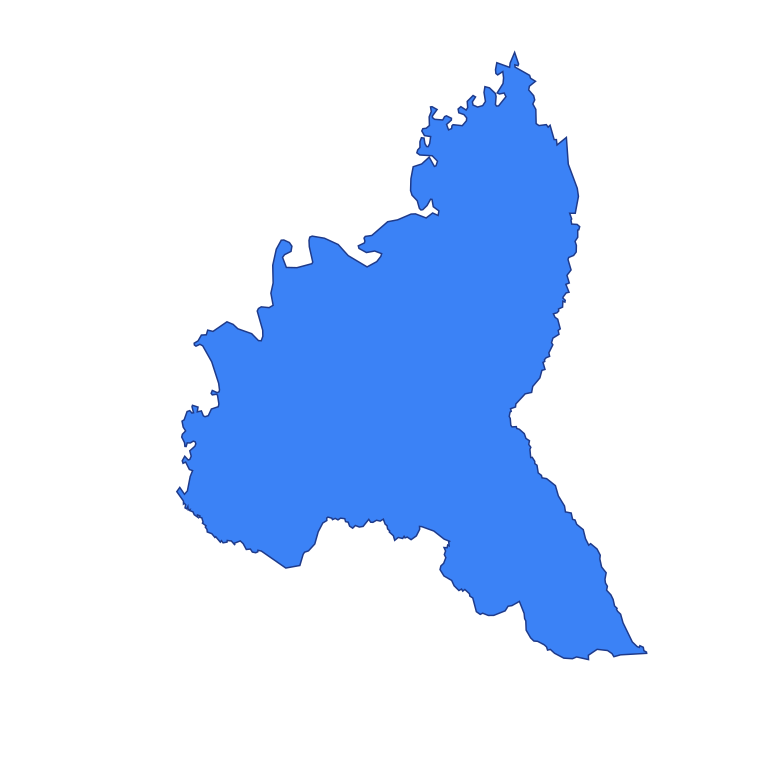 Chonnabot, Khon Kaen, Thailand, rotated 351°
{"feature_id": "78962969B78938265467215", "entity_name": "Chonnabot", "entity_type": "district", "adm_level": 2, "iso_a3": "THA", "parent_name": "Thailand", "parent_adm1": "Khon Kaen", "projection": "equal_earth", "projection_center": [102.548, 16.027], "detail": "fine", "context": "isolated", "style": "filled", "palette": "blue", "viewbox_px": 768, "rotation_deg": 351, "n_neighbors": 0, "source": "geoboundaries", "source_scale": "gbopen_adm2", "svg_char_len": 6159}
<svg xmlns="http://www.w3.org/2000/svg" viewBox="0 0 768 768"><g transform="rotate(351 384 384)"><path d="M576.1,101.9L563.0,91.5L563.2,89.2L566.1,90.6L567.0,89.0L564.9,76.9L558.8,86.7L557.6,90.9L545.7,84.3L543.3,91.0L543.1,94.8L544.6,96.5L550.2,94.0L550.0,100.3L548.6,105.8L541.3,114.2L543.4,115.6L548.2,115.4L549.4,119.3L540.7,127.2L538.6,127.1L537.8,125.3L539.7,117.5L539.4,114.4L534.5,108.0L530.2,106.1L528.4,111.6L528.4,120.8L525.0,124.5L519.8,125.1L515.6,122.4L515.4,119.2L519.3,114.8L517.1,113.0L510.4,117.9L509.9,124.1L508.0,126.3L503.3,122.1L500.2,124.0L500.3,127.8L505.1,130.4L507.3,134.1L506.6,136.9L501.7,141.1L492.8,138.7L491.5,139.6L490.7,142.3L487.5,143.1L486.4,137.4L491.8,133.9L492.2,132.1L487.6,128.9L485.7,129.4L483.3,132.4L475.4,130.5L473.6,128.5L473.7,126.9L479.4,121.2L474.8,117.6L473.3,117.6L473.3,122.3L470.4,127.2L469.3,135.8L465.7,138.0L462.3,137.9L460.9,140.0L462.8,145.0L468.8,146.9L466.7,153.7L464.7,156.5L463.2,156.1L462.0,152.8L462.0,147.4L459.5,146.6L457.4,150.3L456.5,156.0L453.9,158.1L452.6,160.8L455.2,163.4L467.3,166.1L471.7,172.3L469.5,176.6L467.8,177.0L464.1,167.0L455.6,172.6L446.8,174.0L442.7,185.5L440.5,197.1L441.2,201.9L445.5,208.2L446.4,216.0L447.7,217.9L449.6,217.9L454.4,214.5L458.9,208.8L460.3,209.2L460.4,216.6L465.3,221.6L463.8,226.0L458.8,222.7L451.6,226.6L441.7,220.9L437.3,220.4L423.1,224.0L413.0,224.3L395.2,235.4L388.6,235.3L387.1,236.8L387.5,239.8L386.7,241.6L380.2,243.5L380.5,246.2L387.2,251.4L395.6,251.2L402.1,254.9L400.8,257.5L396.0,262.0L385.6,265.7L368.7,251.6L360.6,239.1L348.0,230.7L336.2,226.7L333.7,227.3L332.4,230.4L331.7,236.8L332.7,252.5L331.6,253.9L316.2,255.5L305.8,253.6L303.6,243.1L306.0,240.7L312.9,238.5L314.6,233.5L312.7,229.5L307.6,226.1L305.0,225.9L298.7,234.0L292.7,249.3L290.3,266.9L286.5,276.6L286.8,288.9L282.5,290.6L274.8,288.6L271.8,289.8L270.2,292.1L272.6,311.9L271.8,317.9L269.5,322.1L266.8,321.5L261.2,313.6L248.3,306.6L244.3,301.5L238.6,298.0L223.3,305.3L218.3,303.2L216.2,307.6L211.3,307.1L207.1,312.3L202.9,314.0L202.8,315.8L204.2,317.2L208.4,316.0L210.9,317.9L217.3,335.1L220.8,357.5L220.6,364.0L220.0,365.8L218.0,366.5L213.4,363.5L211.8,366.2L212.7,367.9L216.9,367.9L217.8,369.0L217.8,377.8L216.8,380.5L209.6,381.7L205.5,387.8L202.1,388.3L200.6,387.2L199.4,382.0L195.2,382.3L196.7,377.7L191.5,375.1L190.8,376.4L191.4,382.6L189.7,382.6L188.0,379.9L185.2,380.4L181.0,388.1L178.7,389.1L178.9,395.1L180.7,399.3L177.0,402.1L175.9,404.8L177.8,410.7L177.6,414.5L178.8,414.8L180.4,411.4L183.5,411.9L186.7,410.6L188.4,411.5L188.8,413.6L187.5,415.9L181.7,419.6L182.3,425.1L180.4,428.1L178.7,428.4L175.9,424.2L172.7,428.3L173.1,430.9L175.9,430.1L178.4,438.0L181.4,439.6L178.1,445.1L173.1,458.8L169.7,461.7L166.1,454.2L162.5,457.9L167.6,468.2L167.2,471.1L168.0,470.6L169.2,472.2L168.1,475.2L169.6,476.4L171.1,474.3L170.9,477.7L172.9,477.6L172.3,478.6L175.3,480.4L176.1,483.4L179.5,486.7L179.4,484.2L181.6,485.5L181.1,486.8L183.1,487.7L183.7,492.0L182.9,493.0L186.0,496.2L185.1,497.4L186.4,499.9L186.3,502.5L190.5,504.9L193.0,509.1L193.9,508.5L197.6,514.6L198.9,513.3L200.2,515.7L204.2,515.6L204.7,514.0L208.7,515.2L211.6,519.8L211.2,517.9L217.5,516.5L219.9,519.6L222.1,525.9L226.2,526.1L227.7,529.4L230.9,530.6L233.1,530.0L233.5,528.5L236.7,529.8L258.2,550.4L272.5,550.1L277.5,539.6L279.2,537.7L283.3,537.0L290.6,531.2L295.9,519.7L301.8,511.7L306.2,509.9L306.4,507.5L307.8,506.7L311.5,508.4L311.9,509.9L314.8,509.1L317.3,511.0L320.1,509.7L324.2,510.9L324.5,513.9L327.0,514.9L327.8,519.0L330.5,521.5L333.6,519.3L337.2,521.4L341.1,521.4L347.8,515.3L349.2,518.4L351.4,518.9L355.3,517.4L358.8,518.8L362.2,517.4L363.2,522.6L364.8,524.4L364.9,527.7L366.6,530.0L366.1,531.0L369.5,535.3L370.1,540.1L374.1,537.8L378.3,539.5L380.0,537.6L380.7,539.3L383.0,538.8L386.4,542.0L392.2,539.1L396.5,533.1L396.8,530.2L399.0,530.8L410.2,537.0L419.1,546.6L424.1,549.6L423.2,550.1L423.0,554.0L421.7,553.0L420.7,555.6L417.7,554.9L418.7,558.6L416.9,561.9L417.9,565.2L414.9,570.4L411.7,572.6L410.3,576.1L413.2,583.0L420.1,588.6L421.7,594.3L425.7,599.7L428.5,598.7L429.4,600.9L431.7,599.6L435.6,604.5L435.6,606.9L438.2,609.2L439.6,623.3L443.0,626.6L445.6,625.8L450.8,628.9L456.2,629.7L468.2,627.0L471.8,622.9L475.7,622.9L483.7,619.9L486.5,632.5L486.2,637.7L487.0,640.2L485.9,649.4L489.1,657.7L491.8,661.3L495.5,662.2L501.5,666.7L503.4,669.1L503.9,672.4L506.8,672.2L510.3,676.6L518.7,682.9L527.2,684.8L531.5,683.7L542.9,688.2L543.4,683.9L553.0,679.4L563.1,682.2L567.0,685.9L568.4,689.3L575.3,688.5L601.3,691.1L601.3,689.8L599.0,688.1L598.9,684.6L595.8,682.5L594.9,684.1L593.0,683.0L588.9,677.6L582.7,657.2L581.7,648.4L579.2,645.1L578.4,642.9L579.1,642.0L577.0,639.3L576.6,632.6L575.1,627.7L571.6,622.5L573.0,618.7L571.6,615.2L571.7,611.5L573.9,605.2L570.3,598.8L569.8,590.6L570.8,586.9L568.6,580.3L563.1,574.0L561.0,575.2L558.8,568.3L558.0,559.0L552.4,552.8L551.4,548.2L549.1,547.2L548.7,540.7L543.2,538.7L543.2,532.7L538.7,521.8L537.4,511.2L529.8,502.9L525.4,501.4L525.2,498.9L522.4,495.9L522.4,488.2L520.5,486.2L520.8,483.9L518.9,479.6L517.4,479.6L517.9,471.3L519.1,469.5L517.5,466.3L518.8,462.8L515.7,460.0L514.8,455.0L510.6,449.9L508.2,448.7L508.0,446.8L503.7,446.4L502.8,444.6L503.3,437.8L502.6,435.6L504.1,431.5L505.4,430.9L505.1,428.2L510.3,427.3L511.1,424.3L521.9,415.8L528.5,415.4L530.5,409.7L538.9,402.4L542.1,395.2L545.3,394.8L544.4,387.5L546.3,386.9L546.3,385.1L548.3,383.4L551.9,382.6L551.7,379.0L556.9,371.7L555.9,369.5L558.0,365.1L564.6,362.3L564.4,358.3L566.7,357.1L565.7,347.2L563.3,344.8L562.3,341.2L566.0,340.7L568.0,339.2L568.1,337.2L572.4,336.0L573.6,330.2L575.5,331.4L576.1,329.7L574.1,327.0L574.7,325.9L578.2,322.5L581.1,322.3L579.2,314.0L582.8,313.2L581.7,305.3L586.6,300.6L585.2,289.8L586.2,287.9L591.4,286.7L594.5,283.7L595.7,277.2L595.0,273.0L598.3,269.4L599.4,262.3L600.5,262.2L601.9,259.2L599.7,256.6L594.4,255.4L594.3,251.4L595.2,250.4L594.1,244.4L599.6,245.3L605.4,229.1L605.5,220.9L600.4,195.7L602.7,169.0L592.3,175.0L592.5,169.6L590.3,169.2L588.5,154.4L586.3,156.0L584.9,153.2L577.5,153.0L575.0,150.6L576.9,136.5L574.8,130.7L577.3,127.0L576.9,122.6L572.9,116.2L574.2,112.6L581.0,108.7L576.6,105.0L576.1,101.9Z" fill="#3b82f6" stroke="#1e3a8a" stroke-width="1.5"/></g></svg>